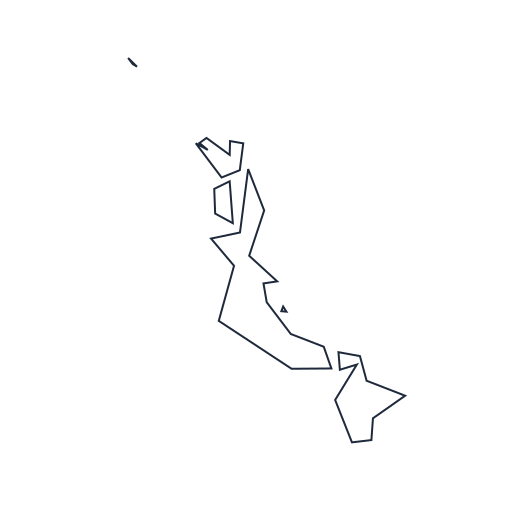 map outline of Japan (orthographic projection), rotated 110°
{"feature_id": "JPN", "entity_name": "Japan", "entity_type": "country or territory", "adm_level": 0, "iso_a3": "JPN", "parent_name": "Asia", "parent_adm1": "", "projection": "orthographic", "projection_center": [135.292, 34.888], "detail": "coarse", "context": "isolated", "style": "outline", "palette": "slate", "viewbox_px": 512, "rotation_deg": 110, "n_neighbors": 0, "source": "natural_earth", "source_scale": "50m", "svg_char_len": 755}
<svg xmlns="http://www.w3.org/2000/svg" viewBox="0 0 512 512"><g transform="rotate(110 256 256)"><path d="M335.9,146.7L349.8,184.0L329.7,268.8L272.7,273.3L255.0,304.2L239.4,279.1L177.0,293.1L210.4,263.9L258.1,262.5L272.6,227.4L279.2,239.6L295.8,230.1L317.4,196.6L318.1,161.3L335.9,146.7ZM368.5,90.6L389.5,84.6L398.3,102.1L364.2,132.4L323.5,124.1L334.2,138.3L318.2,145.6L314.5,124.1L335.4,109.4L336.3,68.1L368.5,90.6ZM180.9,300.6L194.0,315.2L170.7,351.1L172.8,337.6L169.2,347.8L162.0,342.9L170.0,315.3L156.9,319.7L154.5,306.5L180.9,300.6ZM233.1,289.0L230.1,308.9L207.2,318.2L194.8,306.3L233.1,289.0ZM118.8,432.6L117.8,437.5L113.7,443.9L118.8,432.6ZM299.2,213.3L294.2,213.2L297.9,208.4L299.2,213.3Z" fill="none" stroke="#1e293b" stroke-width="2"/></g></svg>